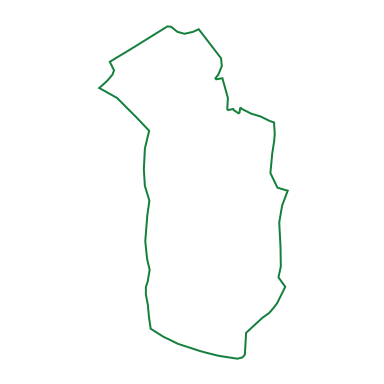 the district of As Salam - WK, South Kordufan, Sudan, rotated 183°
{"feature_id": "16777658B70273794752269", "entity_name": "As Salam - WK", "entity_type": "district", "adm_level": 2, "iso_a3": "SDN", "parent_name": "Sudan", "parent_adm1": "South Kordufan", "projection": "mercator", "projection_center": [28.195, 11.292], "detail": "fine", "context": "isolated", "style": "outline", "palette": "green", "viewbox_px": 384, "rotation_deg": 183, "n_neighbors": 0, "source": "geoboundaries", "source_scale": "gbopen_adm2", "svg_char_len": 1126}
<svg xmlns="http://www.w3.org/2000/svg" viewBox="0 0 384 384"><g transform="rotate(183 192 192)"><path d="M113.7,265.7L118.6,267.2L127.5,271.0L137.1,273.4L146.7,277.6L147.6,278.5L148.4,278.0L148.6,275.1L148.8,273.5L149.5,273.0L154.4,275.8L155.2,277.1L160.1,275.7L161.1,276.5L161.1,287.9L167.6,307.2L173.7,305.8L174.6,306.7L171.9,310.6L170.9,313.3L168.8,319.4L170.0,327.1L193.8,354.9L199.6,351.9L207.8,349.6L215.0,351.2L221.5,355.9L225.2,356.1L258.4,333.0L274.8,321.9L280.9,317.7L276.2,309.4L277.6,305.0L282.4,298.7L290.1,291.0L271.8,282.0L251.5,263.7L238.0,250.9L241.3,233.1L241.3,212.5L239.4,195.7L234.1,181.1L235.4,166.3L236.1,140.4L233.3,122.6L230.2,112.1L231.6,100.0L233.1,94.8L232.7,87.3L230.1,76.6L228.5,65.3L227.5,60.2L226.1,53.3L213.1,46.0L197.7,39.5L176.4,33.8L169.3,32.2L162.4,30.9L156.8,29.8L137.9,27.9L132.9,29.5L130.7,32.4L130.6,54.2L115.0,70.2L108.6,75.2L104.4,80.6L101.1,85.6L93.9,102.2L98.3,107.7L101.2,111.3L99.4,122.2L100.7,141.5L103.3,166.1L101.3,183.1L96.5,198.3L106.9,200.8L114.7,215.0L113.9,234.5L112.6,247.4L112.4,254.2L112.8,257.5L113.7,265.7Z" fill="none" stroke="#15803d" stroke-width="2"/></g></svg>